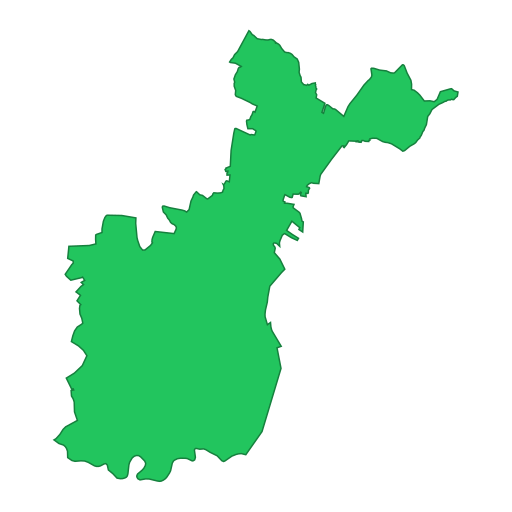 outline of Purísima, Córdoba, Colombia
{"feature_id": "7082276B35662466924312", "entity_name": "Purísima", "entity_type": "district", "adm_level": 2, "iso_a3": "COL", "parent_name": "Colombia", "parent_adm1": "Córdoba", "projection": "albers", "projection_center": [-75.703, 9.291], "detail": "fine", "context": "isolated", "style": "filled", "palette": "green", "viewbox_px": 512, "rotation_deg": 0, "n_neighbors": 0, "source": "geoboundaries", "source_scale": "gbopen_adm2", "svg_char_len": 5944}
<svg xmlns="http://www.w3.org/2000/svg" viewBox="0 0 512 512"><path d="M245.8,454.7L262.0,431.6L281.0,368.4L277.0,347.8L281.2,346.3L272.3,331.4L271.6,329.8L270.9,326.9L270.5,322.5L267.4,324.7L265.1,316.8L265.0,314.1L265.5,309.8L267.3,302.1L267.8,297.0L269.8,286.2L281.4,272.7L284.8,269.2L279.8,259.0L274.3,252.7L275.2,248.3L274.9,247.1L273.4,245.2L273.3,243.6L273.9,243.0L275.0,243.0L276.7,243.4L279.7,246.3L279.4,242.9L280.0,240.6L282.3,235.2L284.3,233.7L284.7,233.6L291.6,237.8L297.3,240.4L298.5,238.3L292.1,234.3L286.6,230.4L291.9,221.2L299.8,227.7L298.9,229.5L302.7,232.0L303.3,221.9L301.9,221.0L301.6,218.9L300.0,213.3L299.2,212.3L293.3,207.9L293.0,206.9L294.0,204.4L287.5,203.3L284.6,203.2L284.9,201.9L283.4,201.4L283.0,200.7L283.3,199.2L284.7,195.1L285.0,194.6L289.9,197.3L291.8,197.6L292.2,197.4L293.1,194.1L298.3,194.2L299.3,193.7L300.7,192.1L301.2,192.5L300.5,194.8L300.9,195.8L306.1,196.7L305.8,193.3L307.9,193.4L308.3,192.9L308.4,190.2L309.6,188.3L309.3,187.6L306.6,186.7L307.2,185.3L309.4,183.6L311.4,182.7L313.6,183.3L318.8,183.6L320.1,176.2L320.7,174.4L331.7,159.1L341.7,146.2L342.5,145.8L344.3,146.1L343.5,147.1L344.1,147.6L346.5,144.7L348.8,140.9L356.1,141.2L356.1,141.7L356.4,141.7L356.4,141.1L357.4,140.8L358.1,140.9L358.0,141.9L359.3,142.2L359.8,141.8L360.0,142.2L361.1,142.3L361.9,140.5L363.3,140.5L365.1,141.3L368.8,141.5L369.0,140.3L369.9,140.2L369.9,138.8L372.8,138.2L376.7,138.3L382.7,141.6L385.2,142.3L387.8,142.6L391.5,143.8L399.7,148.8L402.8,151.2L404.6,150.6L409.9,146.2L414.0,143.9L415.7,142.6L417.5,140.1L419.8,138.0L420.1,137.0L421.3,135.3L422.8,131.6L423.9,130.4L424.7,128.1L426.4,124.6L427.7,116.5L429.8,113.8L432.0,109.5L438.9,104.3L442.7,102.6L444.8,101.4L446.1,101.2L447.3,100.3L448.7,99.9L450.4,99.9L451.7,99.2L453.0,99.7L453.8,99.6L455.8,97.4L457.3,96.3L458.0,92.0L454.1,90.9L451.6,88.7L450.2,88.9L440.4,91.7L437.1,99.4L434.2,101.7L430.0,100.8L424.3,101.0L419.8,95.1L417.5,92.8L414.1,90.2L411.5,89.6L411.6,84.2L410.9,80.3L407.1,73.1L404.3,65.8L403.5,64.9L402.4,64.8L394.7,72.7L393.7,73.1L390.6,72.8L386.4,70.9L379.7,70.1L373.8,68.3L371.5,68.2L371.0,68.7L371.0,69.1L371.9,75.1L371.4,77.1L369.4,79.6L368.2,80.5L364.0,85.0L356.8,95.2L349.9,103.7L348.0,106.7L343.8,116.4L335.6,109.5L334.6,109.0L332.8,108.8L328.5,105.3L327.2,104.7L326.6,104.8L326.1,105.2L325.4,106.9L323.5,113.3L321.9,112.4L324.9,103.3L316.1,98.0L316.7,94.8L315.5,92.7L316.0,90.1L316.7,89.0L315.9,87.9L315.8,86.4L315.4,85.6L315.7,84.6L315.3,83.9L315.3,82.9L312.0,83.5L308.8,85.2L307.7,84.3L306.5,85.4L304.6,84.7L303.9,84.8L301.4,82.0L301.0,77.2L300.1,75.6L299.1,72.3L299.4,69.2L298.7,62.4L297.2,59.0L294.0,56.8L292.1,54.5L290.5,53.4L288.3,52.6L286.9,52.6L284.6,52.0L281.6,48.4L279.8,45.3L278.5,44.1L276.4,42.9L275.7,43.2L275.4,42.9L275.7,42.3L273.3,40.1L271.4,39.4L270.3,39.4L268.1,40.0L265.5,39.9L262.7,39.4L261.3,39.5L257.2,38.7L253.7,35.4L252.3,34.7L250.0,31.5L248.9,30.7L237.6,51.6L234.6,54.6L233.0,57.8L231.3,59.4L229.6,62.0L230.3,62.5L235.4,63.2L241.3,66.4L240.5,67.1L239.1,67.4L238.3,68.5L237.3,71.7L235.4,74.7L233.9,79.0L234.7,82.2L234.2,83.4L234.2,86.2L235.7,90.5L235.3,94.5L235.7,95.6L236.4,96.4L241.4,98.3L250.1,102.5L252.3,103.9L257.2,106.0L255.0,112.2L253.9,111.4L253.1,111.6L252.0,114.8L250.8,116.7L249.8,119.5L248.4,120.0L246.8,120.2L246.5,121.1L246.9,124.6L247.9,128.7L252.6,128.7L255.8,130.7L256.0,131.4L254.8,134.8L254.4,135.0L251.1,134.5L250.2,135.0L236.2,128.5L235.2,128.5L234.8,128.8L233.8,133.2L231.1,150.4L230.3,166.3L226.0,168.1L226.2,168.5L225.1,169.5L225.8,171.4L227.9,171.1L227.6,172.5L227.2,172.5L227.0,173.3L227.0,175.1L230.0,175.0L229.3,181.8L226.8,180.8L225.9,181.2L224.5,183.8L223.5,184.6L223.2,184.4L223.8,185.7L224.0,188.6L223.1,190.2L222.5,192.2L220.5,192.9L217.5,193.1L213.8,192.8L213.0,193.7L212.3,195.5L207.6,199.0L206.7,198.7L202.5,195.4L199.8,194.8L196.5,191.7L196.1,191.9L193.5,195.1L193.0,196.8L191.0,201.0L189.1,209.6L186.6,212.1L184.8,210.9L182.1,210.1L169.6,207.7L164.1,206.0L162.8,206.1L162.3,207.0L162.4,207.8L163.4,212.0L166.2,214.9L167.7,218.1L169.4,220.1L170.6,222.4L172.1,223.7L174.3,224.7L175.8,226.2L176.3,227.2L176.2,229.0L174.1,233.6L155.2,231.5L152.7,237.3L152.1,239.4L151.9,242.0L152.5,242.8L150.5,245.5L145.0,250.0L142.6,250.1L139.8,246.6L137.7,240.5L137.0,237.5L135.7,223.4L135.9,217.9L121.8,215.5L107.1,215.2L106.2,215.7L104.9,217.5L103.4,221.2L102.0,228.9L102.0,232.5L96.5,234.4L95.7,235.0L95.6,239.3L95.9,243.9L89.3,245.5L68.9,246.3L67.7,258.4L73.2,261.0L73.2,263.2L71.8,264.6L65.2,274.3L66.5,276.3L70.8,280.2L81.3,277.7L82.6,277.1L84.7,280.4L81.2,282.4L83.5,284.6L81.0,286.4L76.0,291.9L80.5,295.3L77.0,300.8L80.8,304.7L79.9,305.5L79.5,308.5L80.0,314.1L81.8,318.3L82.8,323.2L81.4,324.4L77.3,327.0L74.6,330.9L72.8,335.9L71.4,341.6L78.5,345.9L83.4,350.3L86.9,355.7L82.3,365.6L74.4,373.1L66.3,378.1L71.6,388.9L73.2,388.8L73.7,390.0L71.1,390.5L71.5,396.0L73.1,398.7L74.2,401.9L74.5,411.9L77.4,420.4L65.7,426.8L63.1,429.4L59.9,434.4L56.0,438.7L54.0,439.9L58.9,443.5L63.6,445.1L65.3,446.6L66.5,448.4L67.5,451.2L67.7,457.6L71.9,460.5L75.0,461.3L81.0,460.8L84.6,461.0L88.2,462.3L94.4,465.8L96.5,466.4L98.5,466.4L100.4,465.9L104.2,463.9L105.9,463.6L107.3,465.0L108.4,470.0L112.9,473.7L117.0,478.1L120.3,478.7L122.6,478.6L125.0,477.9L126.4,477.1L127.3,475.9L127.9,473.8L128.9,464.8L129.7,462.1L132.2,457.9L134.3,456.2L136.4,455.5L138.7,455.6L140.7,456.9L144.7,461.0L145.7,463.3L145.3,465.6L143.8,468.3L142.1,470.2L137.6,474.0L136.9,475.5L136.8,476.8L137.8,478.7L140.0,479.9L145.6,478.9L149.2,479.0L157.4,481.0L159.6,481.3L161.2,481.1L163.2,480.2L165.5,478.6L166.9,477.0L169.5,473.0L170.6,470.7L172.3,463.1L173.5,461.0L174.4,460.2L177.4,458.7L180.6,458.2L185.8,458.3L187.4,458.6L192.2,460.9L193.4,460.7L194.7,459.8L195.4,457.3L194.4,450.0L194.8,449.1L195.5,448.5L196.7,448.5L199.7,449.2L203.7,448.9L205.9,449.7L210.1,452.3L217.2,455.8L221.8,460.7L223.6,461.5L225.0,460.9L231.9,456.1L236.2,454.4L238.7,453.8L241.4,453.6L245.8,454.7Z" fill="#22c55e" stroke="#15803d" stroke-width="1.5"/></svg>